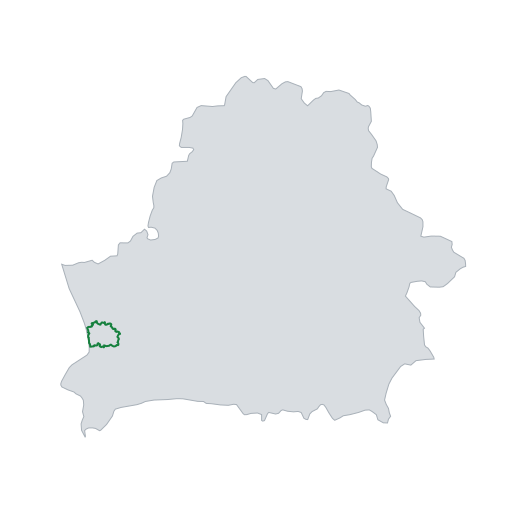 Svislach, Grodno, Belarus (highlighted), rotated 354°
{"feature_id": "67162791B1668576645583", "entity_name": "Svislach", "entity_type": "district", "adm_level": 2, "iso_a3": "BLR", "parent_name": "Belarus", "parent_adm1": "Grodno", "projection": "mercator", "projection_center": [24.286, 52.932], "detail": "fine", "context": "in_parent", "style": "outline", "palette": "green", "viewbox_px": 512, "rotation_deg": 354, "n_neighbors": 0, "source": "geoboundaries", "source_scale": "gbopen_adm2", "svg_char_len": 6158}
<svg xmlns="http://www.w3.org/2000/svg" viewBox="0 0 512 512"><g transform="rotate(354 256 256)"><path d="M422.4,377.1L414.1,376.6L404.2,376.8L398.6,380.7L392.6,378.8L388.3,381.0L378.5,391.6L374.7,397.4L371.0,406.2L368.8,412.7L370.0,417.2L371.8,421.4L372.2,425.9L373.1,429.5L370.7,432.1L369.3,435.8L365.2,435.2L360.1,431.6L359.1,426.4L355.2,422.8L352.6,420.9L348.4,420.7L341.6,422.3L332.8,423.6L326.1,424.0L322.5,425.8L317.1,427.6L315.1,425.5L312.1,419.6L309.6,413.8L308.0,411.2L306.5,410.5L304.7,410.6L302.6,412.5L301.1,414.4L295.5,416.6L293.0,418.7L290.3,424.1L288.6,423.7L286.7,422.4L284.6,416.4L281.7,415.0L277.0,414.9L271.2,413.7L266.5,411.8L264.8,412.3L262.0,414.8L259.0,415.2L252.3,412.9L251.0,414.0L247.2,420.6L245.4,420.9L244.4,420.1L245.0,414.3L241.1,412.3L234.6,412.0L230.1,412.8L227.9,412.6L226.7,411.4L221.1,401.7L218.2,401.1L212.9,401.6L205.1,400.4L196.1,398.2L191.1,397.4L188.6,395.2L183.0,394.5L168.1,390.3L162.1,389.6L153.1,389.5L139.5,388.6L130.8,389.1L126.7,390.5L122.0,391.4L105.9,392.5L100.1,393.6L98.4,395.6L96.5,400.1L89.8,407.9L83.4,413.0L82.2,413.4L78.4,410.7L75.2,409.8L71.5,409.5L68.9,410.4L67.3,411.7L67.5,417.6L67.1,418.1L64.3,411.1L64.5,404.7L66.1,401.0L68.0,397.7L67.2,392.7L69.1,386.1L69.2,381.4L68.3,379.3L66.8,376.9L62.6,374.3L60.7,372.2L55.0,369.5L49.3,366.0L48.4,363.9L48.6,362.4L49.6,360.2L54.0,353.8L58.6,347.5L61.6,345.0L77.5,336.9L80.0,334.1L80.6,329.3L80.4,319.6L79.4,310.7L78.2,304.6L75.1,293.0L66.8,269.0L61.9,243.9L65.1,245.4L72.7,246.0L78.8,244.2L81.9,244.0L84.7,244.5L92.6,243.1L94.6,245.4L98.1,247.4L105.1,244.5L111.3,241.0L117.8,241.3L118.7,239.6L120.3,230.6L122.2,228.7L129.9,229.6L132.7,228.0L135.7,223.6L140.2,220.8L144.0,220.8L147.9,217.7L149.9,219.8L150.8,223.5L149.5,226.5L150.1,227.6L152.8,229.1L157.5,229.0L160.5,227.8L161.2,226.1L161.2,223.0L160.4,220.2L158.4,217.7L154.7,216.4L152.1,216.4L151.7,214.8L152.6,211.4L154.9,205.2L157.7,199.5L159.4,197.4L159.7,195.4L159.4,192.0L159.3,185.8L161.9,177.1L165.3,170.6L169.9,168.5L175.4,167.3L179.0,164.2L180.8,160.6L182.3,155.0L184.1,153.9L197.6,154.6L199.6,148.9L200.8,147.3L203.4,145.7L205.2,143.7L204.5,142.1L201.1,141.1L193.0,140.2L191.3,138.4L191.8,136.1L194.0,130.3L196.1,122.7L197.1,116.8L197.2,113.4L198.4,112.4L205.0,111.3L207.2,110.1L212.9,102.1L217.2,100.7L228.4,102.8L233.5,102.7L240.1,103.2L240.6,102.4L242.9,94.4L254.0,81.6L259.9,77.2L263.6,76.2L264.9,76.4L270.9,83.2L272.3,83.5L276.2,80.6L283.1,80.4L286.2,82.8L290.8,91.1L293.1,92.0L299.8,87.4L303.4,85.9L305.9,85.9L318.4,92.3L319.3,94.4L319.4,96.8L317.4,104.3L320.0,108.9L323.0,112.0L329.5,106.9L331.9,105.5L334.5,105.4L337.9,103.5L340.4,100.6L342.9,99.6L347.5,100.3L355.8,99.6L365.5,104.1L366.3,105.5L371.1,110.8L372.8,113.5L374.4,114.3L377.0,116.9L380.5,118.5L382.9,118.0L384.0,118.9L385.1,120.9L385.2,124.3L384.8,134.1L381.3,139.3L380.9,141.1L381.1,143.2L383.8,147.5L387.4,154.0L388.2,157.8L388.2,160.6L383.3,169.0L381.7,170.9L380.6,175.0L380.0,179.2L380.4,180.9L388.5,187.5L394.4,191.0L395.8,192.8L395.9,193.9L392.7,200.9L392.4,202.8L397.2,205.7L399.8,210.3L402.2,217.8L406.7,224.9L423.6,235.3L425.1,237.2L425.6,239.4L425.1,244.3L422.0,253.5L424.9,254.8L432.4,254.5L441.4,255.6L452.3,262.1L452.3,265.0L451.2,267.7L452.0,270.5L453.1,272.9L462.6,280.1L463.5,282.2L463.6,285.7L463.4,288.3L460.8,288.8L457.9,290.0L453.1,293.1L451.3,297.4L443.6,303.4L438.9,306.1L435.1,306.2L426.1,305.0L423.0,302.0L421.7,299.3L418.2,298.1L413.7,298.0L407.3,298.5L406.1,299.3L405.0,302.6L402.3,308.3L400.4,311.5L408.4,322.7L412.4,327.3L413.7,330.1L413.7,332.1L411.8,334.4L412.1,339.1L416.0,345.4L414.6,346.3L414.3,353.9L414.3,362.1L415.3,364.0L417.4,365.6L419.2,368.6L422.2,375.3L422.4,377.1Z" fill="#d9dde1" stroke="#a8b0b8" stroke-width="1"/><path d="M111.6,317.2L111.3,317.1L110.7,316.8L110.3,316.6L110.1,316.6L109.8,316.8L109.5,316.9L109.0,316.7L108.6,316.4L108.2,315.9L108.2,315.7L108.3,315.5L108.6,315.0L108.7,314.8L108.7,314.6L108.7,314.2L108.4,313.8L108.2,313.6L107.9,313.5L107.6,313.6L107.3,313.7L107.0,313.8L106.4,313.7L106.0,313.4L105.6,312.8L105.7,312.3L105.2,311.7L104.7,311.2L104.2,310.7L104.4,310.1L104.7,309.6L104.9,309.2L104.9,308.8L104.6,308.3L104.2,308.0L103.8,307.9L103.2,307.8L102.6,307.9L102.4,308.2L102.1,308.1L101.7,307.9L101.1,308.1L100.8,308.5L100.5,308.5L100.0,308.7L99.4,308.7L98.9,308.4L98.8,308.2L98.7,307.6L98.5,306.9L98.8,306.5L98.6,306.1L98.2,306.3L97.9,306.6L97.7,306.6L97.3,306.6L96.8,306.3L96.3,306.1L96.0,306.0L95.6,306.1L95.3,306.5L94.8,306.9L94.5,307.2L94.2,307.9L93.8,308.0L93.0,307.6L92.4,307.2L91.8,306.9L91.2,306.3L90.9,305.9L90.9,305.5L90.9,305.0L90.8,304.5L90.7,304.2L90.4,304.1L89.9,304.2L89.3,304.6L89.2,305.1L88.5,305.2L87.9,305.3L87.5,305.5L86.7,305.7L86.1,305.5L85.7,305.8L86.1,306.3L86.5,306.7L86.7,307.0L86.6,307.4L86.2,307.6L85.7,307.5L85.4,307.8L85.5,308.2L85.6,308.5L85.2,309.0L84.5,309.1L83.9,309.2L83.3,309.2L82.9,309.1L82.4,309.0L81.9,309.1L81.5,309.2L81.0,309.6L80.6,309.9L80.7,310.1L80.9,311.0L81.3,312.2L81.4,313.6L81.0,314.4L81.7,314.9L82.1,315.5L81.8,316.0L81.4,316.5L80.9,317.3L80.7,318.2L80.7,318.8L80.7,319.5L81.2,320.0L81.0,320.7L81.1,322.7L80.9,325.0L81.1,325.4L81.6,326.2L81.7,327.5L81.7,328.8L82.1,328.9L83.2,328.9L83.9,328.8L84.9,328.9L85.2,328.9L85.5,328.7L85.5,328.2L85.9,327.9L86.6,328.0L87.3,328.3L88.2,328.3L88.6,328.2L89.0,327.9L89.2,327.4L89.2,327.0L89.4,326.5L90.1,326.3L90.4,326.7L90.8,327.0L91.5,327.5L91.6,328.0L91.4,328.8L91.1,329.1L91.3,329.5L91.8,329.9L92.2,330.2L92.6,330.4L93.1,330.3L93.5,330.0L94.1,330.0L94.5,330.0L94.7,330.4L94.9,330.8L95.2,330.8L95.4,330.5L95.5,330.3L95.6,329.6L95.7,329.1L96.2,329.2L96.8,329.6L97.6,330.0L98.4,330.0L98.8,330.0L100.5,329.9L101.2,329.5L101.9,329.1L102.4,329.0L102.9,329.4L103.6,330.2L104.1,330.5L104.9,331.0L105.9,331.1L106.8,331.0L107.3,330.8L107.7,330.3L108.2,330.0L109.1,330.2L109.5,330.2L109.8,329.9L110.0,329.1L109.9,328.6L109.7,328.0L109.3,327.3L109.7,327.0L110.0,326.1L110.1,325.4L110.3,325.1L110.8,324.6L110.9,324.1L110.8,323.5L110.6,323.1L110.0,322.5L109.8,322.0L109.8,321.7L110.2,321.2L110.6,320.4L111.2,319.8L111.7,319.4L112.3,319.3L112.6,319.2L112.6,318.8L112.1,318.5L111.7,318.3L111.5,317.7L111.6,317.3L111.6,317.2Z" fill="none" stroke="#15803d" stroke-width="2"/></g></svg>